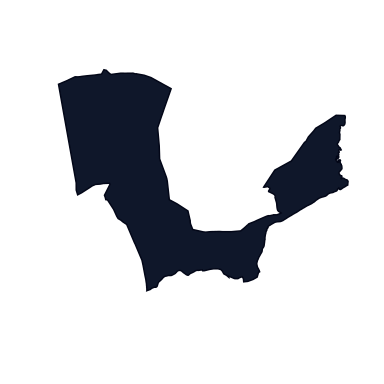 Marquelia, Guerrero, Mexico, rotated 281°
{"feature_id": "50627088B62824552173050", "entity_name": "Marquelia", "entity_type": "district", "adm_level": 2, "iso_a3": "MEX", "parent_name": "Mexico", "parent_adm1": "Guerrero", "projection": "mercator", "projection_center": [-98.747, 16.624], "detail": "fine", "context": "isolated", "style": "filled", "palette": "ink", "viewbox_px": 384, "rotation_deg": 281, "n_neighbors": 0, "source": "geoboundaries", "source_scale": "gbopen_adm2", "svg_char_len": 6086}
<svg xmlns="http://www.w3.org/2000/svg" viewBox="0 0 384 384"><g transform="rotate(281 192 192)"><path d="M277.0,47.4L272.3,40.4L178.8,76.6L171.8,78.0L167.4,80.3L170.1,83.7L176.6,90.5L178.9,92.8L179.3,93.3L180.5,95.1L181.0,95.7L182.3,100.5L183.5,103.5L184.1,106.2L184.4,107.3L184.6,108.5L184.9,109.3L184.3,109.8L183.7,110.0L172.1,106.7L170.1,107.9L168.5,108.6L168.0,108.9L168.2,110.4L168.1,110.6L160.0,118.4L153.8,122.8L151.8,124.6L150.8,127.5L149.5,129.8L147.7,134.1L130.8,145.5L130.7,145.7L115.5,155.9L110.6,158.0L100.8,161.9L97.0,163.5L96.0,163.8L93.0,164.9L92.0,165.1L90.9,165.5L89.9,165.7L89.9,165.8L86.8,166.5L86.5,166.5L88.4,169.7L89.8,170.8L90.5,171.9L91.1,172.7L91.4,173.5L91.6,174.7L92.1,175.3L92.5,175.6L93.1,175.8L96.1,176.1L97.3,176.5L98.0,177.0L98.9,177.8L100.8,179.1L101.8,179.6L102.8,180.3L103.6,181.0L104.0,181.5L104.3,182.0L104.6,182.8L104.9,183.5L105.3,184.1L105.5,184.6L105.9,186.8L106.2,187.8L107.2,189.1L108.0,190.1L108.9,191.1L109.6,191.5L110.4,192.1L111.3,192.5L111.7,192.9L112.1,193.4L112.4,194.0L112.7,194.7L112.7,196.0L112.5,196.9L112.0,197.6L111.6,198.4L111.2,199.0L110.8,200.0L109.8,202.1L109.6,202.8L109.5,203.6L109.6,204.2L110.1,204.7L111.1,205.3L112.2,206.6L113.0,207.8L114.7,209.9L115.4,210.4L115.8,211.3L116.2,212.4L116.3,213.4L116.8,214.7L117.5,216.9L117.2,217.0L116.7,217.5L117.1,219.2L119.4,224.1L120.7,227.7L121.6,232.1L121.4,235.1L120.2,236.8L117.7,238.9L116.8,241.8L115.3,244.4L116.4,244.1L116.1,245.7L115.1,250.3L115.7,253.6L117.1,255.2L118.4,257.5L116.7,259.0L113.7,259.9L114.9,263.8L117.8,268.6L120.9,272.2L125.3,272.6L126.3,273.2L126.6,273.6L127.1,273.3L127.7,273.0L128.2,272.6L129.3,271.8L129.7,271.4L130.2,271.0L131.1,270.4L133.2,269.5L134.1,269.2L135.1,269.2L136.9,269.3L137.7,269.4L138.7,269.7L140.5,270.0L142.6,270.7L143.5,271.0L144.5,271.3L145.5,271.7L146.4,272.0L147.4,272.1L149.3,271.9L149.9,272.0L151.8,272.8L152.8,273.0L156.5,272.8L157.5,272.7L158.3,272.6L159.0,272.7L159.4,272.7L159.8,272.6L160.6,272.4L161.3,272.3L163.1,272.2L164.7,272.2L165.8,272.3L167.0,272.2L167.5,272.3L168.3,272.6L168.8,272.7L169.1,272.7L169.5,272.5L170.3,272.8L170.8,273.1L171.7,273.3L171.8,273.4L172.1,273.4L172.3,273.3L172.3,273.2L172.9,273.4L173.4,273.8L173.8,274.3L174.1,274.7L175.2,275.8L177.8,278.8L178.3,279.5L178.6,280.2L179.1,281.5L179.4,282.7L179.8,284.2L180.2,285.0L180.6,285.6L181.0,286.2L181.5,286.9L182.0,287.2L182.3,287.7L182.9,288.2L183.3,288.8L185.7,291.2L186.1,291.7L187.1,292.8L187.9,293.8L190.3,296.3L190.4,296.6L191.3,297.5L191.9,298.4L193.6,300.1L193.9,300.4L194.9,301.4L195.4,301.9L195.8,302.5L197.6,304.4L197.9,304.8L198.3,305.3L199.1,306.1L199.6,306.7L200.2,307.3L201.2,308.7L203.1,311.2L203.6,311.8L204.6,312.7L205.2,313.5L205.6,313.8L206.4,314.5L207.4,315.2L208.9,316.7L210.1,317.9L210.5,318.4L210.8,318.8L211.0,319.3L211.2,319.6L211.5,320.0L211.8,320.5L212.0,321.1L213.3,323.6L214.1,324.6L214.7,325.1L215.4,325.5L216.1,326.1L217.1,327.3L217.6,328.3L218.4,330.4L219.5,331.8L219.8,332.4L220.2,332.9L220.6,333.7L220.9,333.9L221.6,334.2L222.0,334.3L222.3,334.3L222.5,334.4L222.5,334.5L224.0,335.4L223.4,336.0L223.1,336.0L222.9,336.1L222.8,336.4L222.7,336.8L222.8,337.1L222.8,337.4L224.1,338.7L224.3,338.7L226.5,341.3L227.7,342.5L228.6,343.6L229.3,343.4L232.0,343.2L232.4,343.1L232.9,342.5L233.4,342.0L233.5,341.7L233.5,341.2L233.5,340.8L233.8,339.6L234.4,338.3L234.4,337.9L234.4,337.2L234.2,337.0L233.8,336.7L233.5,336.1L233.4,335.9L233.5,335.6L234.1,335.7L235.6,336.2L236.3,336.0L236.5,335.7L236.4,334.7L236.5,334.5L236.9,334.1L237.7,333.3L238.3,332.7L238.6,332.5L239.1,332.5L239.4,332.6L239.9,332.9L241.7,333.8L242.7,334.5L243.8,334.7L246.3,334.0L247.1,333.3L247.7,333.2L248.2,332.4L250.2,331.4L250.7,331.7L251.0,331.8L251.7,331.4L251.7,331.1L251.6,330.3L250.9,329.8L250.3,329.2L249.6,329.9L249.6,330.2L249.2,330.2L248.9,329.8L248.9,329.2L249.4,328.5L251.1,326.8L251.7,326.8L251.7,327.8L252.3,328.4L253.0,328.2L253.1,327.9L253.0,327.5L253.0,327.4L254.3,327.1L254.7,327.2L254.8,327.7L255.1,328.3L254.9,328.4L254.5,328.6L253.4,329.2L253.9,329.4L254.4,329.5L254.7,329.3L255.5,328.8L256.0,328.6L256.4,328.9L256.5,329.0L257.8,328.4L258.4,328.2L258.5,328.2L258.5,328.4L258.5,328.6L259.0,328.9L259.7,328.7L260.7,328.1L261.0,328.0L261.4,328.1L261.7,328.6L261.8,328.8L261.5,329.8L261.5,330.1L261.8,330.4L263.7,328.9L263.8,328.6L264.0,328.2L264.2,327.7L265.4,326.6L265.9,326.0L266.7,325.5L267.0,325.5L267.3,325.5L269.3,326.4L270.3,326.4L271.6,327.1L273.7,326.7L276.8,326.2L278.0,325.6L278.6,325.4L280.8,325.4L282.1,325.0L282.9,325.5L283.3,325.5L284.4,324.9L284.7,324.8L285.2,325.0L285.6,325.1L285.8,325.8L285.9,326.5L285.8,327.2L285.8,327.7L286.3,328.3L287.0,328.7L287.8,329.0L289.2,329.0L292.3,328.3L293.0,328.3L294.0,328.3L294.6,328.2L295.4,328.0L296.2,327.4L294.8,318.8L284.9,308.8L278.2,301.3L275.3,299.9L268.4,295.8L263.4,294.2L262.2,293.0L241.4,283.6L229.3,269.1L210.7,261.5L210.4,261.4L210.4,261.8L210.6,262.3L211.1,263.6L211.7,265.2L211.7,265.5L210.7,267.6L210.4,267.9L210.1,268.0L209.0,267.5L207.5,267.0L207.3,267.1L207.0,267.2L206.9,267.6L206.7,268.5L205.8,271.8L205.4,272.8L205.1,273.3L204.3,274.3L203.9,274.5L202.8,274.5L202.4,274.6L197.7,277.0L196.3,277.5L194.8,277.9L192.8,278.5L191.3,279.1L190.4,279.6L189.9,280.1L189.5,280.7L188.8,282.5L188.4,283.5L187.9,283.0L185.8,279.7L185.1,276.2L184.9,276.0L183.8,273.5L183.2,271.6L183.3,271.5L182.8,270.4L181.7,268.7L176.6,261.3L174.8,258.9L172.8,255.7L171.9,254.3L171.4,253.6L171.0,253.6L169.7,252.4L168.4,251.5L166.2,249.8L163.1,247.2L160.5,238.0L158.8,229.0L158.5,226.5L156.6,217.8L155.2,213.1L155.0,210.7L155.3,199.9L160.3,196.7L161.8,196.1L163.8,195.6L164.8,195.1L172.0,191.9L172.6,191.7L177.5,179.6L180.1,171.2L197.8,165.7L200.3,164.7L202.0,163.8L218.3,153.9L231.1,151.0L248.5,146.0L260.4,147.6L263.0,148.0L264.4,148.2L268.2,148.7L289.4,151.8L296.5,129.9L297.5,122.9L297.4,115.0L297.2,115.0L297.2,113.2L297.4,111.3L297.2,110.7L295.7,103.2L295.0,99.3L291.9,90.0L292.7,88.3L294.2,85.9L295.1,84.7L295.2,82.2L290.4,80.7L289.3,77.1L289.0,76.5L288.2,74.1L286.3,67.6L284.6,62.2L283.9,60.3L283.2,58.0L282.8,55.3L277.0,47.4Z" fill="#0f172a" stroke="#020617" stroke-width="1.5"/></g></svg>